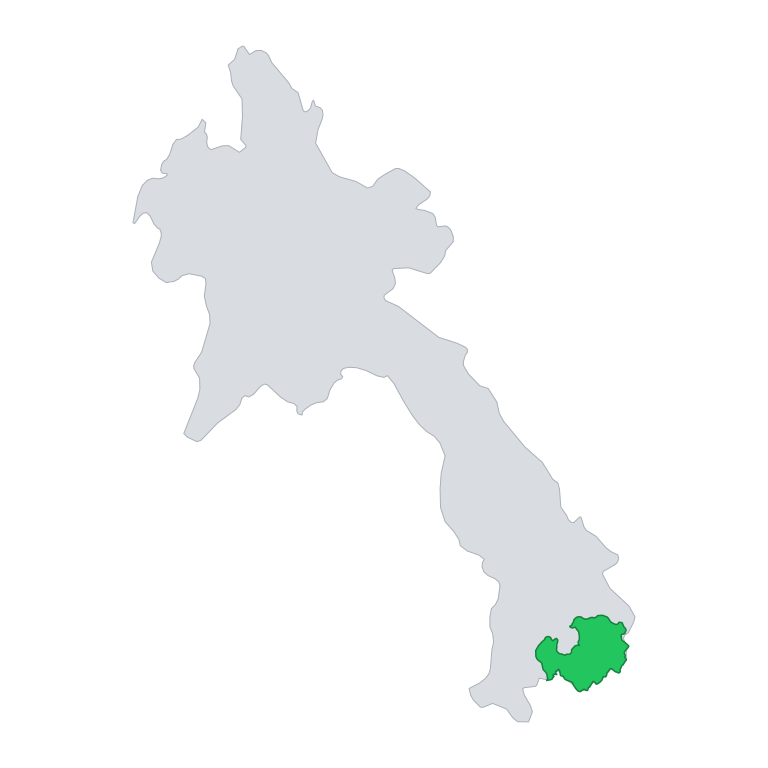 Laos, with Attapu highlighted
{"feature_id": "LAO-3294", "entity_name": "Attapu", "entity_type": "Province", "adm_level": 1, "iso_a3": "LAO", "parent_name": "Laos", "parent_adm1": "", "projection": "natural_earth1", "projection_center": [106.906, 14.792], "detail": "fine", "context": "in_parent", "style": "filled", "palette": "green", "viewbox_px": 768, "rotation_deg": 0, "n_neighbors": 0, "source": "natural_earth", "source_scale": "10m", "svg_char_len": 6439}
<svg xmlns="http://www.w3.org/2000/svg" viewBox="0 0 768 768"><path d="M268.3,55.2L271.9,62.8L288.9,83.0L291.9,88.5L298.1,92.7L303.3,110.8L305.5,111.9L308.4,110.6L310.5,108.1L312.4,101.1L313.6,100.4L315.5,106.1L320.3,107.8L322.4,110.3L323.0,114.7L322.2,119.1L318.1,129.4L315.6,143.1L332.2,172.7L339.3,176.7L356.0,181.5L367.4,188.0L372.7,186.4L377.8,179.1L383.9,175.0L395.2,168.7L398.5,168.4L404.7,170.9L415.0,178.2L430.4,192.0L429.9,195.6L427.0,199.2L418.7,204.7L416.0,208.2L417.7,209.5L424.6,210.4L432.7,213.5L435.2,217.1L436.5,225.3L438.0,226.8L445.6,225.9L447.9,227.0L450.6,229.7L453.3,236.5L453.2,241.6L445.7,250.6L444.7,255.9L440.8,262.3L430.4,273.1L427.7,273.7L408.6,267.8L393.4,268.6L392.2,270.9L394.7,277.4L395.4,283.8L393.0,288.7L384.3,295.1L383.9,297.8L385.7,300.7L398.4,306.4L438.8,337.4L457.2,343.3L465.4,347.2L467.4,349.4L467.4,352.1L465.2,355.5L463.4,361.6L463.4,365.2L465.3,368.8L468.5,374.0L479.8,385.8L488.2,388.5L496.8,402.0L499.4,413.7L503.7,421.4L524.7,446.8L542.3,462.4L552.8,479.3L557.9,483.1L559.5,489.2L560.8,507.0L566.9,515.9L568.2,519.5L570.8,522.1L573.7,522.6L580.0,516.8L581.2,517.7L584.0,527.0L586.5,530.5L595.9,536.2L605.8,547.5L611.1,551.7L617.8,554.9L618.7,558.4L617.5,562.1L615.4,564.4L603.9,571.0L602.3,573.8L609.9,588.3L629.1,606.2L635.0,616.9L633.7,622.1L628.5,632.5L624.5,635.3L623.5,638.6L626.4,647.1L626.1,660.2L622.5,663.4L619.1,671.4L616.7,672.0L610.9,669.1L598.6,682.9L593.2,682.2L587.1,690.0L579.1,691.0L573.6,685.2L561.9,676.0L557.7,670.2L554.1,675.2L547.9,679.9L539.2,678.2L536.8,685.2L535.1,686.4L524.6,687.6L522.6,688.7L524.3,695.0L530.5,705.7L532.4,711.9L528.5,721.9L517.6,721.7L512.6,717.6L506.5,709.0L492.5,703.4L483.2,707.3L480.3,707.1L473.3,699.9L470.7,695.3L469.1,688.5L479.8,682.9L485.2,678.6L488.8,674.0L490.3,669.2L492.0,649.3L493.6,642.3L492.7,633.7L489.9,627.0L489.9,616.8L491.4,608.6L495.5,604.5L498.3,598.6L500.0,585.3L498.8,581.9L494.8,578.6L488.1,575.6L483.8,571.7L482.1,567.0L482.3,562.8L484.3,559.3L479.3,555.3L467.1,550.9L460.3,545.6L458.9,539.5L453.8,531.5L445.1,521.6L440.5,507.3L440.1,488.6L441.2,473.4L445.1,455.8L440.0,443.1L434.4,436.4L426.6,431.5L419.2,424.4L412.2,415.2L403.8,401.6L394.0,383.6L387.4,375.6L384.0,377.4L376.9,375.8L366.1,370.5L356.7,367.7L348.6,367.3L343.3,368.5L340.9,371.3L340.7,374.0L342.7,376.7L341.6,378.8L337.3,380.2L333.9,383.2L330.0,389.8L327.3,398.5L323.3,401.8L317.1,402.5L311.0,405.0L305.0,409.2L302.1,412.4L302.4,414.6L301.1,415.0L298.2,413.8L296.8,411.0L297.0,406.5L294.0,403.5L287.7,401.9L280.6,397.1L267.1,384.6L263.9,384.1L259.5,387.3L253.6,394.3L248.8,397.0L245.0,395.6L242.0,398.1L239.9,404.4L236.1,409.4L217.7,422.9L201.1,440.2L196.9,441.7L187.0,436.9L183.8,433.5L197.8,398.1L199.9,389.5L199.6,378.1L193.9,368.6L193.7,365.9L194.6,362.9L201.7,352.0L210.0,323.7L209.7,314.9L206.2,305.2L204.3,296.0L206.0,283.5L205.4,278.6L201.7,276.2L189.1,273.7L181.9,275.7L178.4,279.1L174.2,281.3L166.3,282.5L158.9,278.2L152.8,271.0L151.4,262.2L159.3,243.3L161.3,236.0L161.1,232.6L159.8,229.0L158.0,228.5L154.0,224.0L150.2,216.2L146.6,212.6L143.1,213.2L139.9,216.2L134.6,223.6L133.0,222.7L137.8,196.5L142.3,185.4L147.5,180.2L152.9,178.1L158.6,178.9L163.4,177.9L167.3,175.2L166.9,173.6L162.4,173.2L160.6,170.3L161.6,164.7L163.7,161.1L166.8,159.4L169.9,153.8L172.9,144.3L176.5,139.4L180.7,139.3L187.9,135.2L198.2,127.1L202.1,119.3L205.9,122.9L204.4,131.9L206.4,133.9L207.3,137.1L206.7,142.2L207.5,146.5L209.1,148.5L211.3,149.6L222.1,145.9L228.7,145.6L239.4,152.3L245.8,147.3L245.9,145.5L240.7,139.3L242.5,116.3L242.0,98.9L233.2,86.0L231.5,80.8L230.6,72.4L228.2,65.2L234.6,59.3L238.1,48.7L242.6,46.1L244.0,46.5L249.4,54.5L256.3,50.5L261.5,50.5L265.9,52.6L268.3,55.2Z" fill="#d9dde1" stroke="#a8b0b8" stroke-width="1"/><path d="M624.9,633.5L623.0,634.2L621.8,634.3L621.1,635.0L621.1,636.1L621.5,637.3L621.4,638.5L621.7,639.5L622.2,640.4L623.0,641.1L624.1,641.7L628.1,645.3L628.7,645.9L628.5,646.8L627.5,648.3L624.7,651.4L624.2,652.4L624.4,653.6L625.1,654.9L625.4,656.0L624.7,657.0L625.1,657.8L625.8,658.4L626.3,659.2L626.2,660.3L625.3,661.1L623.0,664.9L622.0,665.4L621.6,666.0L621.0,667.7L620.8,668.2L620.3,668.9L620.1,669.6L620.1,670.2L620.2,670.9L620.2,671.5L620.0,672.1L619.1,672.9L618.3,672.9L616.7,672.1L615.5,671.8L614.8,671.5L613.6,670.2L611.7,668.7L610.5,668.6L609.5,669.6L608.3,671.6L608.0,671.9L607.2,672.4L606.9,672.8L606.8,673.4L606.7,674.9L606.0,676.5L605.4,676.9L604.4,676.7L603.3,676.7L602.8,677.6L602.4,679.0L601.9,680.2L600.0,682.1L598.0,683.6L596.5,684.2L595.8,683.8L595.2,682.8L594.1,681.8L593.3,681.4L593.0,681.5L593.0,681.9L591.0,684.6L589.7,687.0L589.4,687.1L588.6,687.4L587.9,689.4L587.8,689.9L587.6,690.3L586.8,690.5L586.1,690.4L584.8,689.5L584.2,689.3L583.5,689.3L583.1,689.5L582.8,689.9L580.2,691.6L579.2,691.5L578.2,691.1L577.3,690.3L575.5,688.3L573.2,684.5L572.7,683.3L572.3,682.8L571.8,682.2L571.5,681.9L566.6,680.2L565.8,679.7L564.7,679.0L563.4,676.7L562.7,676.2L561.1,675.8L560.6,675.4L560.3,674.7L560.0,672.2L559.7,671.2L558.9,669.7L558.5,669.3L557.0,670.8L556.5,671.1L556.1,671.1L555.8,671.3L555.6,672.1L555.7,672.9L555.8,673.4L556.1,673.8L556.6,674.0L556.6,674.5L555.6,674.4L554.7,674.2L554.0,674.1L553.4,674.5L553.2,674.8L553.1,675.4L553.2,675.9L553.9,676.4L553.6,676.9L553.1,677.4L552.9,677.5L552.2,679.0L550.5,679.8L546.9,680.4L547.7,678.3L547.2,677.4L547.2,676.4L546.9,674.2L545.7,672.2L544.3,670.8L543.1,669.4L541.7,663.1L540.1,661.6L538.2,660.3L536.8,658.6L535.9,656.4L535.7,650.6L538.5,645.7L541.6,642.2L544.5,639.6L545.4,637.6L547.0,636.6L549.0,636.6L550.7,637.6L551.5,639.7L553.1,640.7L554.6,639.2L556.4,638.4L557.8,640.0L557.5,642.4L556.8,644.4L556.7,645.5L556.9,646.5L556.6,648.6L556.6,650.7L558.0,652.6L559.8,653.8L561.7,654.0L565.1,655.3L566.4,654.2L568.4,654.3L570.5,653.8L571.5,652.0L571.6,649.8L572.9,648.1L574.1,647.0L574.8,646.0L577.6,645.1L579.1,645.3L578.0,642.1L579.3,639.8L579.3,635.7L578.6,631.8L577.8,630.6L576.9,629.7L576.1,628.3L575.2,627.2L572.4,628.0L571.0,627.6L569.8,626.7L569.9,626.4L570.0,626.1L571.5,625.4L572.3,623.6L573.0,622.7L573.5,621.7L573.7,620.7L574.0,619.6L575.4,618.2L577.2,617.0L579.3,616.7L581.5,617.1L583.2,618.5L585.2,619.1L587.5,619.0L589.7,617.9L591.1,617.5L592.6,617.4L594.5,617.9L596.2,617.0L597.7,615.6L602.5,615.3L607.2,617.0L608.5,618.5L609.6,620.4L610.8,621.9L612.4,623.0L614.5,624.0L616.6,624.6L618.0,623.7L619.2,622.2L622.1,622.7L624.0,627.0L625.5,628.4L626.1,630.3L625.0,632.5L624.9,633.5L624.9,633.5Z" fill="#22c55e" stroke="#15803d" stroke-width="1.5"/></svg>